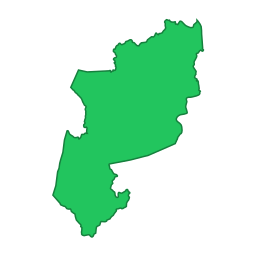 the district of Colomoncagua, Intibucá, Honduras, rotated 182°
{"feature_id": "27666195B91470082357426", "entity_name": "Colomoncagua", "entity_type": "district", "adm_level": 2, "iso_a3": "HND", "parent_name": "Honduras", "parent_adm1": "Intibucá", "projection": "natural_earth1", "projection_center": [-88.292, 13.988], "detail": "fine", "context": "isolated", "style": "filled", "palette": "green", "viewbox_px": 256, "rotation_deg": 182, "n_neighbors": 0, "source": "geoboundaries", "source_scale": "gbopen_adm2", "svg_char_len": 5829}
<svg xmlns="http://www.w3.org/2000/svg" viewBox="0 0 256 256"><g transform="rotate(182 128 128)"><path d="M57.7,164.3L57.4,165.3L57.6,166.3L57.0,167.2L57.3,167.6L58.4,168.2L58.6,168.4L58.3,169.6L58.3,170.2L58.8,173.2L59.2,174.6L59.3,176.1L59.5,177.0L59.7,177.4L60.0,177.7L61.1,177.5L61.2,177.9L60.8,178.5L60.7,179.1L62.8,180.4L63.2,180.9L62.9,182.7L62.0,184.1L62.2,185.0L62.1,185.8L61.9,186.6L62.0,187.1L64.2,190.2L64.8,191.2L65.0,191.9L64.8,192.6L64.2,193.3L64.0,193.8L64.0,194.3L64.3,196.0L64.0,197.1L62.9,199.2L61.9,201.5L61.8,202.5L62.3,204.3L62.2,204.8L60.4,205.5L59.8,206.6L59.1,207.6L58.1,208.4L57.7,208.3L56.8,207.5L56.2,207.4L55.9,207.5L55.7,208.0L55.4,208.3L55.3,208.6L56.3,209.9L56.4,210.2L56.4,210.4L56.2,210.7L56.9,217.3L57.7,224.5L57.9,228.0L58.4,231.8L59.2,233.5L59.7,234.4L61.8,237.2L62.8,238.2L62.7,237.0L62.8,236.5L64.3,234.9L65.7,233.7L66.0,233.0L66.2,231.5L66.5,231.1L67.1,230.7L69.0,230.5L71.0,231.1L73.4,232.1L74.8,233.1L77.8,236.0L78.7,236.5L79.5,236.6L80.0,236.3L81.9,233.1L82.8,233.5L83.3,233.6L83.8,233.4L84.1,233.6L84.3,233.9L84.3,235.3L84.4,235.7L84.6,235.8L86.2,235.4L87.3,235.4L88.3,235.5L89.4,236.0L89.8,236.4L90.3,237.2L91.5,237.0L92.7,237.5L93.3,237.6L94.6,236.4L94.9,235.9L95.1,235.2L95.0,234.9L94.4,233.8L94.4,231.6L93.9,229.7L93.9,229.0L94.9,227.2L95.6,226.8L96.1,226.1L97.2,224.3L98.8,223.6L100.2,223.5L100.4,223.3L100.7,222.4L100.8,222.3L101.3,222.4L101.8,222.6L102.9,223.8L103.4,223.8L103.8,223.2L104.6,221.1L105.5,220.0L105.9,219.8L107.3,220.1L108.1,219.7L111.5,216.9L111.8,216.3L112.3,215.1L112.8,214.5L113.9,214.2L117.7,213.6L118.4,212.7L119.3,212.0L119.6,211.0L120.0,210.5L120.7,210.5L121.9,210.7L123.4,212.0L124.0,212.7L124.5,213.2L125.4,213.7L126.1,213.6L126.4,213.8L126.6,213.9L127.0,215.5L127.6,216.1L128.2,216.3L129.2,216.2L131.5,214.8L133.0,214.4L133.4,213.9L133.9,212.8L134.3,212.4L135.5,211.7L136.2,211.5L136.8,211.1L137.3,211.1L137.8,211.3L139.0,212.4L139.3,212.4L139.7,212.3L140.3,211.7L140.9,210.6L141.4,210.2L142.0,210.0L142.6,209.3L143.0,208.5L143.6,206.5L144.1,206.2L144.7,206.4L145.0,206.1L145.2,205.8L145.3,204.5L145.2,203.9L143.7,202.8L143.3,202.1L143.1,201.2L142.2,200.1L142.0,199.8L142.0,198.8L142.2,198.2L142.7,197.9L143.5,197.8L144.1,197.4L144.7,196.9L144.9,196.3L144.7,195.7L144.4,195.5L143.8,195.2L143.4,194.5L143.1,193.1L143.9,193.0L144.0,192.7L143.8,192.2L142.7,190.9L142.6,190.6L142.8,189.4L142.4,189.1L142.1,188.1L142.4,186.1L142.8,185.3L143.2,185.1L144.3,185.4L144.9,185.4L145.0,185.1L144.9,184.4L146.1,184.1L146.8,183.3L147.2,183.4L147.6,184.6L147.7,184.8L148.0,184.9L148.6,184.5L170.7,182.6L179.5,184.2L186.6,166.6L184.1,164.0L183.6,163.9L183.0,163.3L182.2,162.1L181.8,161.6L180.1,160.4L179.1,159.2L178.2,158.5L176.0,156.3L175.2,155.1L174.1,152.4L173.1,150.8L172.6,149.7L172.3,149.3L170.9,148.4L170.7,147.8L170.8,147.0L171.4,145.5L171.4,145.1L170.7,143.1L170.8,141.7L170.6,140.2L171.0,138.4L170.8,136.7L171.1,135.6L171.3,135.2L171.8,132.7L171.3,132.1L171.2,131.3L171.5,130.7L172.3,129.8L172.4,128.8L172.1,127.6L171.7,127.2L171.0,127.0L170.6,127.0L169.9,127.4L169.6,127.4L169.2,127.0L169.0,126.3L169.0,125.9L169.2,124.3L169.2,122.6L169.0,121.8L168.6,121.2L169.4,121.2L170.4,121.4L170.7,121.3L171.6,120.3L172.0,120.1L173.9,120.0L174.1,119.8L174.8,117.3L175.9,115.7L176.5,115.4L176.9,115.5L177.1,116.5L177.6,117.1L178.0,117.1L179.0,116.7L180.2,116.5L181.3,116.6L181.8,116.8L183.1,118.0L183.8,118.3L185.8,119.6L186.3,120.1L187.1,121.9L187.7,123.0L188.1,123.2L188.8,123.0L191.1,113.8L192.2,101.4L194.1,94.3L195.0,90.3L195.5,85.4L196.8,81.8L198.1,67.8L200.7,58.3L193.1,50.2L192.9,49.4L192.3,48.7L191.3,48.4L189.7,47.7L188.4,47.5L187.4,46.7L186.6,45.6L186.1,45.2L184.6,44.9L183.8,44.9L183.1,45.1L182.6,45.0L182.3,44.5L181.6,42.5L180.3,41.7L179.8,41.2L178.1,40.3L177.8,39.3L177.5,37.6L176.4,34.3L173.6,31.3L171.8,29.7L171.6,28.7L171.8,27.8L170.6,26.9L170.6,24.0L170.8,23.1L170.8,21.8L170.7,21.2L170.5,20.6L170.6,20.3L170.2,19.7L169.3,19.2L168.1,18.9L164.1,19.9L163.4,19.9L162.5,19.6L161.7,18.5L160.9,18.0L160.2,17.8L159.6,18.1L158.9,18.9L158.4,20.4L157.9,21.1L157.7,21.3L156.9,21.5L156.6,21.8L156.3,26.4L156.0,28.0L155.2,28.8L153.9,29.4L152.8,30.1L152.5,31.3L152.1,32.9L151.8,33.4L151.5,33.6L148.0,33.5L147.0,33.7L146.1,34.3L145.9,35.1L145.7,35.3L142.8,36.6L142.3,37.6L141.3,38.9L139.6,40.3L138.8,41.9L136.9,44.5L136.7,45.1L137.0,46.0L136.7,46.5L136.1,46.7L134.7,47.0L133.1,47.7L132.1,47.6L131.3,47.1L130.2,47.4L129.3,48.1L128.4,48.5L126.9,49.5L126.8,53.0L126.0,54.6L124.9,56.1L124.3,58.0L124.2,58.9L125.0,59.6L125.2,60.3L125.3,60.9L125.0,61.9L123.9,63.1L123.9,63.3L124.0,63.5L124.3,63.4L124.6,63.6L125.0,64.6L125.8,65.1L126.0,66.0L126.5,66.5L127.0,66.5L127.5,66.3L127.9,65.9L128.2,65.0L131.6,62.8L132.7,62.6L134.3,63.2L134.8,63.3L135.1,63.1L135.4,62.6L135.5,61.7L135.3,59.0L135.7,58.4L136.4,58.2L136.9,58.3L137.4,58.6L138.1,59.5L138.6,60.6L138.8,62.5L139.2,63.5L140.3,64.1L141.1,65.0L142.2,65.9L142.8,66.2L143.3,66.7L143.4,67.0L143.3,67.8L142.7,70.4L142.5,70.8L141.6,71.7L141.3,72.1L141.9,74.0L141.8,74.7L140.1,76.4L139.8,77.1L139.6,78.1L139.4,78.5L138.4,79.0L137.3,79.2L137.0,79.4L136.9,79.8L137.2,80.3L137.9,81.0L139.7,81.4L140.6,81.8L141.6,83.1L143.1,85.7L144.6,86.5L144.8,87.1L145.4,89.8L145.7,90.3L145.6,91.0L145.4,91.4L124.3,96.2L110.8,100.2L107.1,101.2L80.2,114.1L80.0,114.9L79.3,116.3L79.1,117.1L78.5,118.2L78.1,119.5L78.1,120.0L78.0,120.3L75.8,123.6L75.4,124.0L74.8,124.3L74.4,124.9L74.1,125.6L73.9,127.6L74.3,130.8L74.6,131.9L75.0,132.9L75.5,133.5L76.5,134.5L78.7,136.1L79.4,136.8L79.8,137.5L80.0,138.1L80.1,138.7L79.9,139.3L79.2,140.8L78.1,141.9L77.1,142.6L76.0,143.1L72.2,143.9L69.9,144.7L69.5,145.0L69.4,145.5L69.5,146.1L70.3,148.7L70.9,150.3L71.1,151.1L70.9,152.9L70.1,156.3L70.8,158.9L70.7,159.4L70.4,159.9L69.9,160.4L68.4,160.9L66.7,160.9L64.8,161.3L60.7,162.5L58.5,163.5L57.7,164.3Z" fill="#22c55e" stroke="#15803d" stroke-width="1.5"/></g></svg>